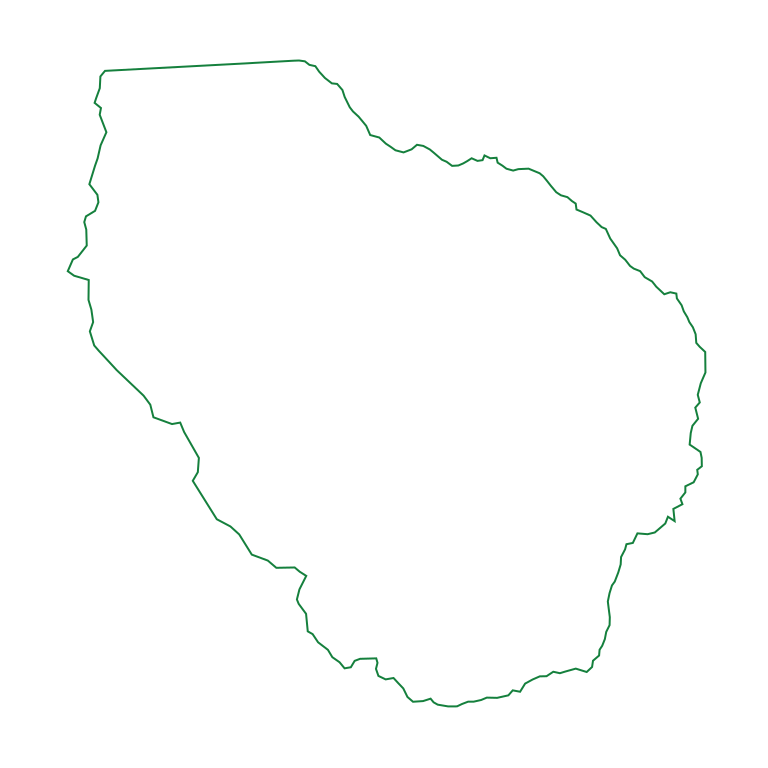 Betânia, Pernambuco, Brazil, rotated 273°
{"feature_id": "56859067B94419093446187", "entity_name": "Betânia", "entity_type": "district", "adm_level": 2, "iso_a3": "BRA", "parent_name": "Brazil", "parent_adm1": "Pernambuco", "projection": "mercator", "projection_center": [-37.996, -8.262], "detail": "fine", "context": "isolated", "style": "outline", "palette": "green", "viewbox_px": 768, "rotation_deg": 273, "n_neighbors": 0, "source": "geoboundaries", "source_scale": "gbopen_adm2", "svg_char_len": 2856}
<svg xmlns="http://www.w3.org/2000/svg" viewBox="0 0 768 768"><g transform="rotate(273 384 384)"><path d="M682.1,89.0L676.3,84.7L664.5,84.7L654.4,81.6L649.6,80.3L644.8,86.9L638.0,86.0L620.9,93.6L607.5,88.5L594.3,86.2L586.8,84.0L568.1,79.3L557.9,87.9L550.5,89.3L541.8,86.4L535.8,77.6L530.0,76.2L522.6,78.6L506.7,79.9L494.9,71.6L492.1,66.8L480.1,62.3L475.9,68.9L472.4,83.7L452.5,84.5L442.9,87.9L430.6,90.3L421.2,87.5L407.3,92.6L402.3,97.4L389.1,111.0L383.9,116.3L359.8,144.5L351.1,151.7L338.7,155.5L332.9,174.4L334.8,182.5L325.6,186.9L300.5,203.0L286.2,202.7L277.3,198.1L240.2,224.1L233.7,238.1L226.2,247.3L206.7,260.9L201.6,277.2L194.8,286.1L196.1,304.4L192.1,309.7L188.3,316.4L174.5,310.3L164.3,308.3L160.0,310.3L150.4,318.2L133.0,320.8L130.5,325.8L122.6,331.7L115.6,341.9L108.5,346.7L103.8,354.2L98.0,359.5L99.4,365.7L106.0,369.2L108.3,374.5L109.6,390.6L105.2,392.1L99.1,390.9L92.2,393.7L89.1,401.1L90.9,408.9L86.1,413.8L81.0,419.2L72.7,423.8L68.2,429.6L69.4,439.6L72.2,447.0L68.7,450.2L66.6,454.4L65.4,464.8L65.9,473.8L68.5,478.6L71.2,484.7L71.5,490.3L73.5,497.5L76.2,503.1L76.5,513.4L79.6,524.5L84.8,528.6L83.8,536.0L92.2,540.6L96.7,547.9L100.2,554.9L100.7,561.6L105.5,568.1L104.4,574.8L106.3,580.0L109.8,590.4L107.0,601.5L112.3,606.6L118.6,607.2L124.1,613.0L129.9,613.2L134.0,615.6L140.8,617.9L148.1,618.9L155.0,621.9L163.0,621.7L170.1,620.4L178.5,618.9L187.0,620.2L194.8,622.2L198.8,624.8L208.0,627.8L216.2,629.8L223.6,629.8L231.5,633.4L236.7,634.5L238.3,640.8L248.1,644.9L247.8,655.1L249.9,662.2L259.4,672.2L266.3,674.5L262.3,681.4L274.4,679.5L279.6,688.3L285.0,686.0L291.5,690.6L297.6,690.3L302.1,698.4L310.2,702.1L314.7,701.3L318.5,705.7L326.9,705.1L332.7,703.6L339.5,692.4L351.1,692.9L358.4,694.2L365.7,699.5L376.7,696.1L382.1,700.3L389.6,697.9L401.3,700.3L412.3,704.4L432.8,703.1L437.6,697.4L441.4,693.7L450.0,692.6L456.8,689.5L461.8,685.7L466.6,683.4L472.2,679.6L478.2,677.1L484.8,672.0L489.6,671.2L490.6,665.1L488.3,659.2L495.4,650.8L500.4,646.4L504.3,638.8L510.1,633.9L512.3,627.4L514.8,623.5L520.7,618.4L524.9,613.0L531.7,609.7L541.1,602.3L550.5,597.4L552.1,593.1L556.7,587.7L563.0,581.4L566.3,572.7L568.3,567.1L574.2,566.0L576.6,562.0L580.2,557.4L581.7,550.8L584.5,546.0L590.6,540.3L595.3,536.2L599.8,532.1L602.6,528.4L606.6,517.1L605.6,506.9L603.9,501.8L605.4,495.0L608.2,490.9L611.0,485.9L615.8,484.5L615.0,478.3L617.5,472.4L612.7,470.7L611.7,465.7L614.0,459.7L610.9,455.4L608.4,451.5L606.1,446.8L605.4,440.6L609.2,434.9L611.0,430.1L617.5,421.7L620.6,417.5L623.8,410.8L624.6,404.4L619.8,399.3L616.3,391.4L618.0,383.2L621.1,378.4L624.1,373.3L629.9,366.4L631.9,357.2L640.9,352.7L649.6,344.7L654.6,338.7L658.6,335.3L668.6,329.7L675.4,327.1L681.2,321.5L681.5,316.2L686.5,309.0L692.5,302.9L697.8,298.8L698.8,292.8L702.1,288.1L702.6,282.2L702.1,276.6L697.8,236.9L697.1,230.7L682.1,89.0Z" fill="none" stroke="#15803d" stroke-width="2"/></g></svg>